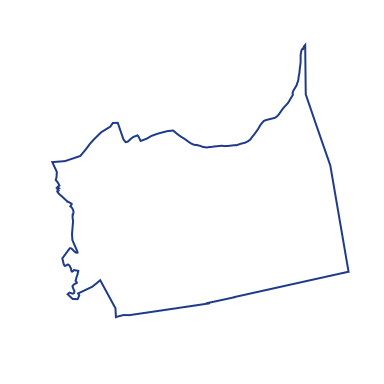 the district of Ismailiyya, Al Isma`iliyah, Egypt, rotated 256°
{"feature_id": "37247803B77757966140043", "entity_name": "Ismailiyya", "entity_type": "district", "adm_level": 2, "iso_a3": "EGY", "parent_name": "Egypt", "parent_adm1": "Al Isma`iliyah", "projection": "mercator", "projection_center": [32.24, 30.424], "detail": "fine", "context": "isolated", "style": "outline", "palette": "blue", "viewbox_px": 384, "rotation_deg": 256, "n_neighbors": 0, "source": "geoboundaries", "source_scale": "gbopen_adm2", "svg_char_len": 3256}
<svg xmlns="http://www.w3.org/2000/svg" viewBox="0 0 384 384"><g transform="rotate(256 192 192)"><path d="M89.0,87.9L89.1,88.6L89.2,95.6L88.5,98.5L87.7,101.1L80.6,173.2L79.7,182.4L80.4,181.1L80.5,181.0L80.3,186.2L79.6,207.7L79.8,207.7L76.8,324.1L76.7,324.6L184.2,332.6L227.5,328.7L259.1,326.0L261.8,326.6L307.3,337.4L306.2,335.9L304.0,334.4L304.3,334.1L303.6,333.0L301.8,331.9L298.5,330.5L291.3,328.7L285.8,326.5L281.5,325.0L278.6,323.6L275.6,322.5L273.5,321.4L272.0,320.3L270.2,319.3L265.4,314.5L263.3,313.4L261.9,313.4L261.5,313.0L260.4,311.9L258.2,309.7L256.7,308.3L254.9,306.4L253.4,304.0L253.1,303.5L251.6,301.3L250.2,299.5L248.0,297.0L246.1,294.8L244.7,292.6L243.9,290.4L243.9,287.9L243.9,280.9L243.5,278.7L240.6,274.7L238.7,272.9L236.5,270.7L232.9,266.4L231.0,263.8L228.8,261.3L228.2,259.8L227.7,258.7L227.4,257.2L227.0,255.4L227.0,253.2L227.0,250.7L226.6,246.3L226.9,245.9L226.9,245.6L227.3,243.4L227.6,240.8L228.0,237.9L228.7,234.6L229.7,232.0L230.8,224.3L231.1,221.4L231.5,219.2L231.5,217.8L231.8,216.7L232.2,215.6L233.2,213.4L233.6,212.7L234.7,211.2L236.1,208.6L236.5,208.2L236.8,206.4L237.9,204.6L239.7,202.4L241.9,200.5L245.1,197.9L246.9,196.1L248.4,194.6L250.5,192.8L256.3,188.4L256.3,188.0L257.0,182.9L257.0,179.6L256.9,173.4L256.6,169.7L256.2,166.1L254.7,161.0L254.3,157.7L254.2,156.8L254.0,154.5L258.3,153.6L260.1,152.9L259.7,148.9L259.0,146.7L258.0,144.8L256.4,141.9L256.4,139.7L257.1,139.4L259.6,138.2L277.1,136.7L278.1,131.9L277.5,131.2L275.2,128.6L272.0,118.5L267.1,110.1L263.4,104.6L259.3,99.6L254.0,92.4L252.7,76.1L254.8,63.7L244.1,65.7L239.3,64.2L236.6,62.7L234.5,63.7L232.7,64.4L230.3,64.9L229.7,63.2L229.5,63.3L229.4,63.3L229.2,63.3L228.7,63.5L228.2,63.6L228.1,63.3L228.1,63.2L228.7,63.0L228.8,63.0L228.8,62.9L228.7,62.8L228.7,62.7L228.5,62.8L228.4,62.7L228.2,62.6L228.2,62.4L228.1,62.5L228.1,62.4L227.7,62.3L227.7,62.5L227.6,62.8L227.5,62.4L226.8,62.7L225.7,63.0L225.2,61.6L225.2,61.4L224.5,61.5L224.0,61.7L223.6,61.9L223.6,62.0L222.8,62.3L222.2,62.6L221.5,63.1L220.2,64.0L218.9,64.9L217.6,65.8L216.2,66.6L214.9,67.5L213.6,68.4L212.9,69.0L212.6,69.3L212.5,69.2L212.3,69.6L212.2,69.7L211.6,70.4L211.4,70.7L211.1,71.0L210.1,71.9L209.4,72.4L209.2,72.2L208.7,71.8L207.5,70.5L207.4,70.6L206.4,71.3L205.8,71.6L205.3,71.8L204.7,72.0L204.4,72.1L203.8,72.2L203.0,72.3L202.5,72.3L201.8,72.3L201.1,72.1L200.4,71.9L199.8,71.6L199.0,71.2L199.1,70.8L197.9,70.4L196.3,70.0L195.3,69.8L192.9,69.7L180.2,65.4L176.4,64.7L174.3,64.3L171.8,64.7L167.8,65.4L163.1,66.2L160.9,66.3L160.9,65.8L161.2,64.7L161.6,64.4L162.3,64.0L163.0,63.3L164.0,62.8L166.3,61.4L166.7,60.7L167.0,59.9L166.7,59.5L164.6,56.9L161.4,53.1L160.1,51.5L158.9,50.1L156.4,50.1L152.4,50.1L150.9,50.9L151.2,52.0L151.6,53.8L151.7,54.1L151.3,54.5L150.2,55.3L147.3,56.0L146.2,56.0L145.1,55.9L144.1,56.0L143.7,56.4L144.1,57.5L144.5,58.1L144.8,58.6L144.6,59.0L143.0,62.6L139.4,60.8L137.2,59.3L135.3,58.3L133.9,57.5L133.2,57.9L132.4,58.3L131.7,58.3L131.3,56.8L130.9,55.0L129.5,53.2L126.5,53.5L124.0,53.9L122.6,53.2L122.2,51.7L122.3,51.5L124.0,48.8L122.9,46.6L117.1,50.3L115.7,55.1L115.8,55.2L117.7,56.7L118.2,57.0L119.0,57.6L120.5,57.1L121.1,56.9L124.2,72.2L124.3,72.4L124.4,72.7L125.4,74.8L126.3,76.9L128.6,81.6L97.7,89.6L89.0,87.9Z" fill="none" stroke="#1e3a8a" stroke-width="2"/></g></svg>